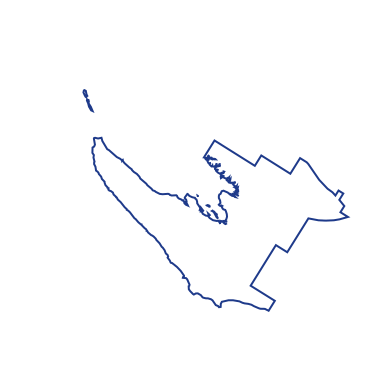 outline of Exmouth, Western Australia, Australia, rotated 302°
{"feature_id": "25037944B77099976714827", "entity_name": "Exmouth", "entity_type": "district", "adm_level": 2, "iso_a3": "AUS", "parent_name": "Australia", "parent_adm1": "Western Australia", "projection": "equal_earth", "projection_center": [114.188, -22.318], "detail": "fine", "context": "isolated", "style": "outline", "palette": "blue", "viewbox_px": 384, "rotation_deg": 302, "n_neighbors": 0, "source": "geoboundaries", "source_scale": "gbopen_adm2", "svg_char_len": 6097}
<svg xmlns="http://www.w3.org/2000/svg" viewBox="0 0 384 384"><g transform="rotate(302 192 192)"><path d="M227.7,183.8L228.0,184.4L228.0,185.5L228.9,186.5L230.1,186.9L231.0,186.6L232.3,186.9L231.5,187.0L230.4,188.5L230.7,189.0L230.7,189.7L231.1,189.8L231.5,190.4L231.3,190.9L231.2,190.1L230.6,189.9L230.8,191.8L231.8,192.9L232.3,194.3L232.2,194.7L231.2,192.8L230.4,192.0L230.0,189.3L227.9,187.4L227.5,187.9L228.9,189.3L226.6,188.4L225.3,190.5L225.5,191.4L226.8,192.7L225.8,191.8L225.0,191.8L224.6,192.4L224.0,195.0L224.2,195.3L225.1,195.3L224.6,195.7L224.9,196.8L226.5,198.1L228.3,198.0L229.5,197.5L227.6,198.7L227.5,199.3L229.1,200.7L230.2,200.5L230.8,201.6L230.2,200.7L228.8,200.9L228.4,200.4L228.5,201.1L229.8,201.8L228.9,201.6L229.1,202.6L228.7,201.6L226.5,199.4L224.3,198.9L223.6,199.5L224.1,201.5L224.5,201.9L225.3,201.8L224.4,202.1L223.4,200.7L222.8,201.0L222.2,203.5L222.3,206.4L223.5,206.6L225.7,208.5L226.2,208.1L226.3,208.5L224.9,208.4L225.3,209.2L223.7,207.7L221.8,207.4L221.5,207.8L222.0,210.0L223.0,210.1L222.3,210.4L221.2,210.0L221.1,212.0L221.5,214.0L223.1,215.0L223.1,215.4L223.9,215.6L223.2,215.8L222.4,215.1L220.5,215.0L220.3,215.6L220.5,216.6L221.3,217.2L223.5,217.6L222.6,218.0L221.4,217.6L221.6,219.1L220.8,217.6L219.9,217.5L219.6,218.1L219.8,219.0L220.4,219.9L220.3,220.4L220.8,220.5L221.4,221.4L221.1,222.2L222.7,222.7L223.3,224.0L222.0,222.9L220.1,223.0L219.8,225.5L219.1,225.4L220.0,226.6L220.7,226.7L220.2,226.9L220.5,227.2L218.7,226.1L218.4,226.8L218.6,227.9L220.1,228.5L219.3,228.8L218.4,228.3L217.1,228.4L219.1,230.0L217.8,229.4L218.0,230.1L217.6,230.4L217.5,229.5L216.8,228.9L216.7,229.7L216.4,229.5L216.6,231.0L216.4,230.7L216.2,231.2L216.0,229.2L215.6,230.5L214.2,228.3L213.3,230.0L213.6,231.4L214.1,232.0L214.2,232.5L213.7,231.9L213.4,232.1L213.3,233.8L213.3,231.1L212.8,229.8L213.1,228.8L212.3,229.2L212.0,227.8L211.3,228.3L210.8,226.1L210.3,227.8L211.0,230.0L210.7,231.5L210.5,230.9L210.8,229.8L210.0,228.1L210.0,225.7L210.5,222.6L209.8,218.0L208.4,216.8L205.5,217.2L204.3,216.5L202.8,216.9L201.1,218.0L199.7,220.3L197.8,221.9L195.4,221.5L195.1,222.7L195.3,223.5L196.2,224.1L196.2,224.8L195.6,224.4L194.2,226.7L193.9,227.8L194.4,229.7L193.6,231.0L191.7,233.2L189.6,234.8L187.2,235.5L185.2,235.4L185.4,237.5L185.0,236.9L185.1,236.2L184.7,235.3L184.3,236.3L184.3,235.4L183.7,234.0L182.9,235.2L182.6,236.7L183.0,238.0L182.6,238.4L182.8,238.0L182.5,237.2L182.5,236.0L182.8,234.8L183.4,234.3L183.0,232.9L182.5,233.8L182.6,231.8L182.0,231.5L181.3,230.5L180.9,231.9L179.7,232.8L180.9,231.6L181.2,230.2L181.8,229.9L180.5,228.2L179.2,224.7L179.3,220.7L180.2,218.2L179.3,216.2L179.2,212.7L180.2,211.1L182.1,211.4L183.1,208.8L181.8,209.8L180.4,209.4L181.2,208.8L181.6,209.3L182.0,209.0L182.1,208.6L181.3,208.0L181.9,207.8L182.1,208.2L182.9,207.4L185.1,202.5L186.6,201.4L188.0,199.7L188.1,198.4L188.6,197.6L187.7,195.0L187.3,191.8L188.0,189.6L187.9,189.1L183.5,188.8L182.6,189.5L182.5,191.0L180.9,192.6L180.1,192.8L179.6,193.6L179.6,193.0L179.2,192.5L179.0,194.3L178.5,194.2L178.2,195.0L178.0,193.7L178.4,191.6L179.1,190.9L179.9,191.4L179.9,189.5L180.3,188.9L179.7,188.3L180.0,187.2L179.5,184.1L179.9,182.5L180.8,181.3L180.9,180.4L178.3,176.7L177.8,174.9L178.1,174.2L177.8,172.7L174.5,168.2L173.3,165.6L172.9,161.1L173.1,159.9L172.6,157.8L173.3,156.0L174.1,150.5L174.8,148.9L176.0,141.0L177.1,139.3L178.1,135.7L178.2,132.0L178.8,129.5L179.3,128.9L179.6,125.7L180.7,119.6L181.7,116.7L182.2,116.6L182.4,116.4L181.7,116.2L182.1,116.0L182.6,116.6L182.4,116.0L181.8,115.5L182.1,113.5L181.8,109.7L183.5,99.4L183.4,97.4L187.7,89.0L190.0,86.5L187.6,84.0L186.6,81.1L185.9,80.4L185.3,80.5L180.7,84.6L178.7,84.9L177.0,84.1L172.4,86.8L171.3,89.2L169.0,90.2L166.0,93.3L165.5,93.2L163.8,94.2L162.3,96.7L159.3,99.3L159.2,101.0L158.8,102.4L157.9,103.5L156.9,106.8L155.3,108.7L154.4,112.4L153.6,112.9L151.9,115.1L151.3,117.6L150.8,118.0L151.0,119.2L149.7,119.8L149.4,121.2L149.8,122.6L149.6,125.2L148.3,126.9L147.6,130.5L147.3,130.6L147.2,131.6L146.3,133.0L145.6,136.9L143.4,143.0L142.9,145.7L142.3,146.1L142.4,147.7L141.9,150.1L139.2,157.2L139.2,158.4L137.9,162.6L137.5,165.3L137.7,166.2L137.4,166.2L136.2,171.1L136.1,172.7L135.5,173.9L135.0,174.1L135.2,174.7L134.4,176.2L133.8,180.3L134.0,181.3L133.9,183.1L133.2,186.0L132.5,187.1L131.3,191.7L129.5,195.3L129.3,196.7L128.1,199.6L126.0,202.4L125.7,204.6L124.6,206.0L123.4,206.1L122.1,209.5L120.9,211.2L120.8,211.8L121.2,212.7L120.5,218.9L119.1,224.3L116.8,229.6L116.1,229.9L115.0,229.5L114.4,229.7L115.8,232.6L115.4,234.2L112.1,239.0L111.0,239.4L110.3,239.1L107.8,240.9L107.0,242.9L106.0,246.9L106.0,247.9L108.0,249.0L109.1,250.7L109.2,254.2L108.4,256.4L108.3,257.4L109.1,259.9L110.3,262.0L111.1,264.9L111.0,266.8L108.7,272.1L109.1,274.6L108.6,275.9L109.7,277.2L112.4,275.7L114.7,275.5L119.6,280.4L121.9,284.1L124.4,290.2L124.8,293.5L125.4,295.6L127.0,299.1L127.9,302.2L128.0,305.0L128.8,310.2L129.2,311.8L131.5,315.7L131.9,319.9L143.6,319.9L143.6,291.4L191.4,291.3L191.4,304.7L231.3,304.7L235.0,314.2L238.6,320.6L243.2,327.3L247.0,331.6L253.5,337.5L253.5,328.6L260.8,328.6L263.4,321.1L270.9,321.1L270.9,315.5L265.0,315.5L266.2,311.3L266.6,305.2L269.7,293.4L277.4,275.7L278.0,273.5L278.0,265.7L259.6,265.7L259.7,231.4L247.5,231.4L247.6,183.8L227.7,183.8ZM208.0,64.8L210.6,61.1L212.5,57.2L214.2,56.5L215.2,55.4L214.9,54.8L214.9,54.0L213.9,54.4L212.2,56.9L209.8,59.4L207.8,63.2L208.0,64.8ZM216.3,52.1L216.7,51.8L218.0,52.3L218.9,50.8L221.5,48.3L221.4,46.8L220.8,46.5L218.9,47.2L217.1,49.9L216.4,51.2L216.3,52.1ZM186.6,221.0L183.7,226.1L183.2,228.2L185.0,225.4L186.2,224.9L186.5,222.4L187.1,221.3L186.9,220.4L187.1,219.3L186.5,219.0L186.6,221.0ZM189.0,214.7L189.6,214.1L189.3,212.3L188.5,211.7L188.4,212.3L188.8,212.9L188.6,214.4L189.0,214.7ZM220.6,209.9L220.7,209.3L220.2,209.2L219.9,208.5L219.1,209.2L220.6,209.9ZM181.7,217.9L181.5,220.0L181.8,219.5L181.7,218.9L182.0,218.7L182.3,217.2L181.7,217.9ZM229.9,188.0L230.5,187.8L230.6,187.4L229.2,187.1L229.9,188.0ZM227.7,187.2L227.9,187.0L227.8,186.1L227.3,185.8L227.0,186.4L227.7,187.2ZM191.0,199.6L191.8,199.1L191.8,198.8L191.0,199.6Z" fill="none" stroke="#1e3a8a" stroke-width="2"/></g></svg>